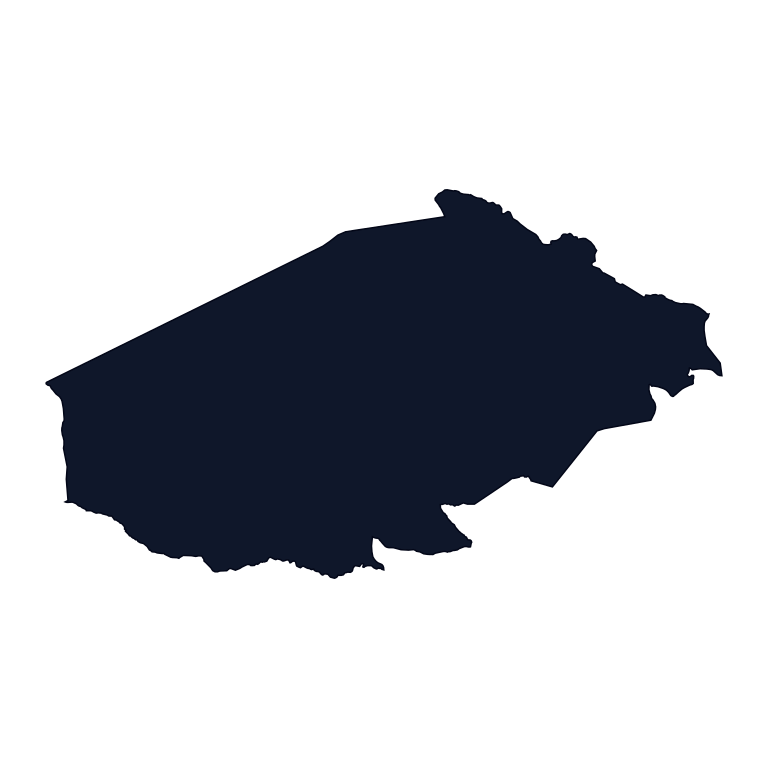 Alpatláhuac, Veracruz, Mexico
{"feature_id": "50627088B30858161806263", "entity_name": "Alpatláhuac", "entity_type": "district", "adm_level": 2, "iso_a3": "MEX", "parent_name": "Mexico", "parent_adm1": "Veracruz", "projection": "mercator", "projection_center": [-97.125, 19.099], "detail": "fine", "context": "isolated", "style": "filled", "palette": "ink", "viewbox_px": 768, "rotation_deg": 0, "n_neighbors": 0, "source": "geoboundaries", "source_scale": "gbopen_adm2", "svg_char_len": 6089}
<svg xmlns="http://www.w3.org/2000/svg" viewBox="0 0 768 768"><path d="M709.0,314.0L708.1,314.2L706.2,313.5L705.4,312.3L700.4,308.4L698.0,306.9L696.0,306.1L692.9,304.4L683.5,303.5L682.1,303.8L680.3,303.7L675.4,302.6L672.7,301.3L671.9,300.6L669.8,300.2L667.5,299.2L664.8,297.6L664.8,296.8L662.8,295.5L661.6,295.0L659.4,295.1L658.4,295.6L655.9,294.6L652.9,294.8L650.6,295.7L645.9,295.0L644.7,297.2L643.3,297.0L622.5,284.1L620.3,284.7L615.2,281.9L614.4,278.7L604.2,273.1L602.8,272.9L599.3,268.7L592.8,266.4L591.7,265.1L592.0,263.1L592.5,262.5L595.2,261.0L594.7,256.5L594.8,254.1L596.6,250.5L595.1,248.5L594.2,246.3L590.7,242.1L585.6,238.6L583.2,238.4L578.0,239.2L577.5,239.0L577.0,237.2L575.6,236.8L574.7,237.1L573.0,236.5L572.2,235.2L571.1,234.1L569.8,233.5L567.3,234.6L565.1,234.1L563.2,234.3L561.7,235.7L561.0,237.6L558.6,239.5L556.6,240.5L554.1,240.9L552.3,240.8L551.1,241.3L550.8,242.5L551.2,243.9L549.6,244.5L548.2,244.8L545.0,244.6L543.1,244.3L541.4,242.8L540.5,241.0L538.9,239.2L537.9,236.9L535.8,234.5L527.1,229.4L519.9,223.8L517.3,221.2L512.8,218.6L510.1,212.5L508.6,211.6L507.5,211.6L504.2,213.8L502.2,213.8L501.6,212.2L501.7,208.8L500.2,206.4L498.9,205.1L495.5,205.0L494.7,203.8L493.1,202.6L492.3,202.5L490.0,203.1L488.0,203.0L486.9,202.4L485.9,201.0L484.6,200.2L482.6,199.6L481.8,198.5L477.3,198.0L475.8,197.5L473.7,196.6L470.6,194.7L469.9,195.2L468.7,194.6L463.7,194.2L461.4,193.6L459.7,192.8L458.8,191.7L456.3,190.9L454.7,190.7L453.4,191.0L447.3,189.8L444.8,190.0L442.4,192.0L438.7,193.8L435.1,198.2L435.2,200.1L438.7,204.6L439.5,206.2L440.8,207.9L443.7,213.6L444.8,216.7L345.6,231.8L337.9,235.1L329.7,241.5L322.9,246.2L46.6,382.3L46.1,383.0L46.2,383.9L47.9,385.2L50.1,385.7L51.4,388.4L53.0,390.1L56.0,393.9L59.5,396.6L61.2,399.0L62.1,401.4L63.4,408.6L64.2,419.1L64.0,420.9L62.9,422.5L62.3,426.5L61.9,427.9L61.8,430.5L62.4,434.9L63.1,436.8L64.0,440.6L64.0,445.1L63.5,448.2L67.2,466.8L66.3,479.2L68.0,500.5L65.2,501.9L66.3,502.3L67.9,502.4L72.0,502.1L73.0,502.3L76.4,503.8L78.0,505.4L79.0,506.0L80.9,506.6L82.1,507.7L85.9,509.5L86.3,510.7L90.7,510.7L92.0,511.1L93.5,512.0L96.1,513.1L98.8,512.8L100.3,513.1L101.4,512.9L102.2,513.8L107.5,515.1L108.5,515.9L110.2,516.1L111.5,515.9L112.7,517.2L114.5,519.8L116.5,520.1L117.4,520.9L118.8,521.6L120.0,523.0L121.8,523.6L124.1,526.2L124.7,527.7L124.5,529.0L125.2,529.8L126.1,530.2L125.5,531.3L128.4,534.2L129.5,535.8L130.6,535.9L131.8,537.2L133.2,538.2L134.1,538.4L135.5,539.7L137.3,540.0L138.0,541.4L140.2,542.7L143.5,543.5L147.2,546.5L149.5,550.1L150.1,550.0L152.0,551.8L155.2,552.1L157.1,552.9L161.9,553.5L164.2,553.5L164.6,554.2L170.7,557.2L172.6,557.5L177.0,557.7L178.9,558.3L179.7,557.5L183.2,555.4L191.6,555.7L195.7,556.4L198.8,555.8L201.8,556.0L204.0,559.5L204.0,561.0L205.9,562.7L211.0,567.9L212.7,570.6L215.0,571.8L217.6,571.8L219.7,571.0L226.8,570.7L229.3,568.6L230.9,568.5L235.4,570.2L239.8,568.4L242.0,567.0L247.2,564.5L249.5,564.5L250.7,565.5L252.1,565.6L254.5,565.4L255.4,564.4L256.7,564.0L257.7,564.3L259.0,563.4L260.5,561.9L262.5,562.2L263.2,561.8L264.5,561.9L266.8,561.1L268.7,557.9L270.5,557.2L274.2,559.1L275.8,559.6L277.5,558.9L280.4,559.6L282.6,561.0L283.7,561.0L286.9,559.9L288.7,560.2L290.0,562.8L290.7,562.7L292.5,561.3L294.3,561.0L295.5,561.8L296.4,565.3L296.8,566.1L299.0,567.2L300.5,567.7L302.5,566.2L303.5,566.2L306.7,567.9L308.1,568.4L309.5,568.5L310.3,569.1L311.5,569.6L313.2,569.1L313.8,569.2L314.2,570.2L315.2,570.9L316.4,571.4L318.4,571.6L319.8,572.3L320.5,573.5L322.1,574.9L322.8,575.0L323.6,574.6L324.3,573.9L325.8,573.9L328.0,574.3L330.4,577.1L334.4,578.2L335.5,577.9L336.5,577.3L337.3,576.6L337.8,575.3L341.3,575.3L343.4,574.8L344.9,572.8L346.3,572.6L347.6,572.1L350.3,572.3L351.4,571.8L352.1,571.2L352.7,569.9L352.9,568.4L354.5,566.0L355.7,565.7L359.6,566.4L361.4,563.9L362.2,563.5L362.7,563.9L363.6,564.0L363.5,565.3L362.9,566.2L362.9,567.0L363.8,567.3L364.5,567.0L364.8,566.4L367.7,565.6L371.6,565.7L373.7,567.7L376.2,568.9L376.9,568.9L378.4,568.1L380.3,568.5L381.1,568.3L381.8,569.3L383.8,569.9L383.6,567.5L382.9,565.7L381.8,564.5L378.1,562.9L376.3,561.6L374.3,559.3L372.8,556.7L371.9,551.8L371.5,546.0L372.4,536.7L373.8,537.5L376.0,538.1L377.6,538.2L379.1,538.9L379.6,540.0L380.8,541.2L382.4,543.2L385.3,546.4L386.6,547.1L388.3,547.6L393.5,547.7L401.0,549.7L408.6,550.1L413.7,549.6L415.7,550.5L416.3,551.2L420.0,551.9L423.7,553.8L428.1,554.4L433.0,554.5L435.2,553.2L443.1,551.5L445.1,551.4L447.6,552.1L448.2,551.7L450.2,551.6L453.2,550.4L453.9,550.5L457.3,549.9L459.2,548.6L464.3,546.6L466.3,546.5L468.5,547.0L470.1,547.0L470.5,546.8L471.2,543.2L471.7,542.2L471.1,540.7L470.2,540.0L468.1,539.9L466.8,538.3L466.6,537.4L466.2,537.0L465.6,536.9L464.6,536.2L464.0,535.0L463.0,534.8L462.7,534.3L460.8,533.0L459.7,531.9L459.4,531.9L455.5,527.3L454.3,524.8L451.3,522.8L450.7,521.7L447.3,518.1L446.6,515.6L445.5,514.8L444.9,513.6L443.3,512.8L440.5,508.2L440.3,504.5L442.9,504.3L443.6,503.9L445.3,503.5L446.9,504.2L449.0,503.9L450.3,504.8L451.0,504.9L451.8,504.6L453.4,505.1L454.4,506.0L454.9,506.0L456.3,505.0L458.3,505.2L463.3,502.9L467.3,504.1L474.5,504.1L507.3,482.0L512.1,478.4L513.7,478.4L516.6,477.8L519.4,477.1L520.3,476.1L522.2,476.0L523.5,475.5L524.5,476.9L526.6,477.0L527.6,476.3L528.4,476.2L530.7,479.5L531.1,480.8L552.4,486.9L597.0,430.9L604.3,428.6L650.9,420.2L654.4,413.2L655.4,409.4L655.6,406.8L654.9,403.3L652.9,399.9L651.6,398.5L651.0,395.9L649.9,393.9L648.9,389.7L649.1,384.8L649.4,384.6L650.1,384.3L651.8,386.2L653.6,386.0L658.0,386.7L663.1,388.4L664.6,389.1L666.5,390.2L668.7,392.4L670.8,395.5L672.4,396.4L673.6,396.3L674.1,395.4L675.4,394.7L678.9,391.5L682.2,388.8L684.7,387.4L689.6,385.1L692.0,384.4L693.2,383.5L693.1,379.7L693.6,378.4L693.7,376.1L693.2,375.4L691.7,375.4L690.4,376.5L688.9,376.9L688.0,376.1L687.4,374.7L687.4,374.1L688.2,373.1L689.0,370.9L689.4,368.0L690.1,368.1L691.3,368.8L692.2,369.8L700.0,368.7L707.0,369.0L711.3,369.6L713.2,370.6L717.7,374.7L719.7,375.5L721.9,375.7L720.2,363.1L706.5,345.6L704.9,336.3L704.1,330.3L704.1,326.6L704.4,323.1L705.0,321.2L707.8,317.8L708.5,316.3L708.5,315.6L709.0,314.0Z" fill="#0f172a" stroke="#020617" stroke-width="1.5"/></svg>